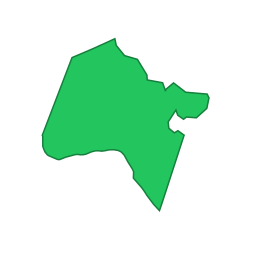 Cabell, West Virginia, United States of America (Robinson projection), rotated 250°
{"feature_id": "52423323B7608652803448", "entity_name": "Cabell", "entity_type": "district", "adm_level": 2, "iso_a3": "USA", "parent_name": "United States of America", "parent_adm1": "West Virginia", "projection": "robinson", "projection_center": [-82.288, 38.414], "detail": "fine", "context": "isolated", "style": "filled", "palette": "green", "viewbox_px": 256, "rotation_deg": 250, "n_neighbors": 0, "source": "geoboundaries", "source_scale": "gbopen_adm2", "svg_char_len": 940}
<svg xmlns="http://www.w3.org/2000/svg" viewBox="0 0 256 256"><g transform="rotate(250 128 128)"><path d="M216.4,146.2L214.5,121.9L213.3,99.5L150.4,44.9L149.2,45.0L140.0,41.7L137.6,41.6L133.9,41.8L130.3,43.1L129.2,43.9L124.3,49.1L122.7,50.8L121.8,52.5L121.7,53.7L121.9,59.5L121.0,69.7L120.2,72.1L119.2,73.9L118.2,76.8L117.8,79.4L118.1,85.6L117.7,89.4L116.9,92.0L115.2,95.5L114.5,98.8L114.0,102.5L112.4,107.3L110.1,111.3L107.7,113.5L103.7,115.2L96.2,116.3L87.9,118.1L84.9,118.3L79.1,115.9L67.7,120.3L67.1,120.5L62.9,121.7L58.0,122.8L47.7,125.9L39.6,129.3L46.2,134.6L60.0,145.4L102.1,178.3L102.9,177.7L108.4,174.0L107.6,169.9L113.8,166.3L119.9,167.8L128.5,179.2L123.0,179.1L117.2,183.2L118.3,186.7L114.2,195.7L119.5,208.8L128.6,214.4L132.8,214.0L141.9,194.4L154.8,186.2L151.3,176.6L149.8,175.9L158.7,176.0L166.6,162.5L171.3,163.9L189.3,160.3L197.2,149.5L209.6,145.2L216.4,146.2Z" fill="#22c55e" stroke="#15803d" stroke-width="1.5"/></g></svg>